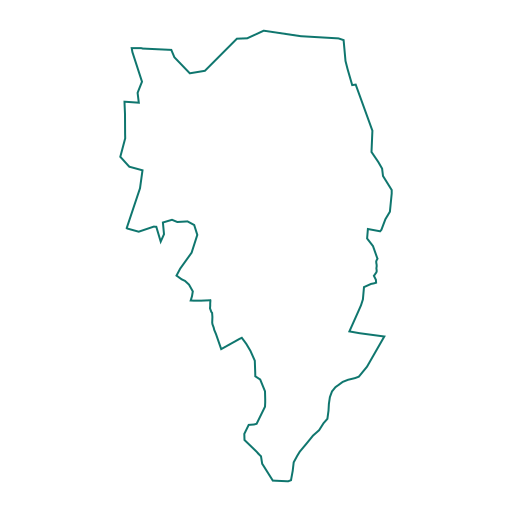 Gabasawa, Kano, Nigeria
{"feature_id": "59680162B83052310642670", "entity_name": "Gabasawa", "entity_type": "district", "adm_level": 2, "iso_a3": "NGA", "parent_name": "Nigeria", "parent_adm1": "Kano", "projection": "robinson", "projection_center": [8.837, 12.134], "detail": "fine", "context": "isolated", "style": "outline", "palette": "teal", "viewbox_px": 512, "rotation_deg": 0, "n_neighbors": 0, "source": "geoboundaries", "source_scale": "gbopen_adm2", "svg_char_len": 2142}
<svg xmlns="http://www.w3.org/2000/svg" viewBox="0 0 512 512"><path d="M384.3,336.5L359.5,333.2L349.4,331.4L358.1,311.9L361.0,305.3L362.9,299.4L364.0,287.1L371.1,283.9L373.8,283.4L376.1,282.7L375.9,279.8L373.9,275.8L374.8,274.6L375.6,273.4L376.3,272.5L376.7,271.2L376.6,269.8L376.4,268.5L376.5,267.4L376.7,266.1L376.6,264.6L376.3,263.0L376.2,261.5L376.5,260.5L376.9,259.7L377.5,258.7L377.2,258.0L373.0,246.1L367.1,238.5L367.9,229.0L380.1,231.3L381.4,229.8L385.4,219.2L389.9,211.7L391.7,193.6L391.7,190.0L383.0,176.0L382.1,168.6L378.3,162.0L371.5,152.0L372.4,130.7L355.7,84.6L352.2,85.1L347.6,69.2L345.5,61.0L343.6,40.1L338.5,38.4L300.8,36.2L263.7,30.7L247.2,38.3L236.9,38.7L204.9,70.8L189.8,73.3L184.9,68.2L174.4,57.3L171.3,49.9L143.9,48.6L142.8,48.6L142.3,48.4L140.9,48.1L136.9,48.1L131.7,48.1L132.4,52.1L142.0,81.7L138.3,91.0L137.6,92.9L138.8,102.7L124.5,101.7L124.6,104.9L125.0,114.1L125.1,133.8L125.2,138.3L120.3,156.8L128.9,166.3L129.0,166.3L129.4,166.8L130.0,166.9L142.1,170.2L142.5,170.3L140.0,188.3L126.7,228.1L127.2,228.5L138.7,231.7L153.8,226.6L156.0,226.8L156.3,226.8L160.7,241.6L164.0,234.2L162.9,222.5L172.0,219.8L177.3,222.0L187.5,221.4L194.2,225.0L197.3,234.9L191.6,252.7L180.2,268.6L176.5,275.6L181.2,279.0L181.5,279.1L181.6,279.3L185.0,280.9L189.0,284.6L192.8,291.4L192.0,296.2L190.7,300.5L194.3,300.7L200.4,300.7L204.8,300.5L209.5,300.3L210.3,300.2L210.4,300.6L210.2,303.4L210.2,305.9L210.0,308.3L211.3,311.9L212.1,312.9L212.4,317.0L212.2,322.7L212.5,324.4L213.7,327.6L214.2,329.8L216.0,334.1L221.2,349.1L239.3,339.0L241.8,337.8L246.3,343.9L250.4,350.8L254.8,360.7L255.2,372.0L255.3,376.3L260.2,379.5L265.0,391.3L265.2,399.2L265.2,402.4L265.0,406.7L256.6,423.8L254.0,424.5L248.7,424.9L244.3,433.9L244.5,440.0L256.4,451.5L258.3,453.5L258.2,453.6L261.0,456.3L261.8,461.4L262.2,463.8L263.0,465.0L272.8,480.6L288.1,481.3L291.0,480.2L292.7,470.9L293.7,462.3L297.3,455.7L299.8,451.6L307.5,442.4L313.0,435.6L319.1,430.2L323.6,423.1L327.4,418.8L328.5,410.7L328.9,403.8L329.9,397.1L332.0,391.4L335.4,387.2L342.7,381.9L348.0,379.8L355.0,378.1L358.8,376.7L367.0,366.7L384.3,336.5Z" fill="none" stroke="#0f766e" stroke-width="2"/></svg>